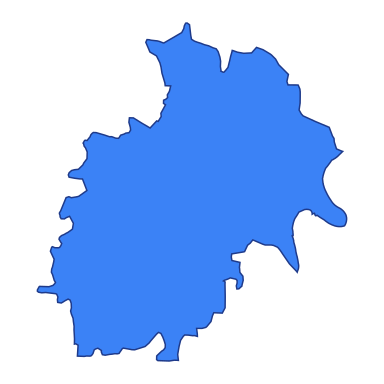 Quwisna, Al Minufiyah, Egypt
{"feature_id": "37247803B73326223517768", "entity_name": "Quwisna", "entity_type": "district", "adm_level": 2, "iso_a3": "EGY", "parent_name": "Egypt", "parent_adm1": "Al Minufiyah", "projection": "equal_earth", "projection_center": [31.193, 30.56], "detail": "fine", "context": "isolated", "style": "filled", "palette": "blue", "viewbox_px": 384, "rotation_deg": 0, "n_neighbors": 0, "source": "geoboundaries", "source_scale": "gbopen_adm2", "svg_char_len": 5947}
<svg xmlns="http://www.w3.org/2000/svg" viewBox="0 0 384 384"><path d="M178.4,360.4L177.7,354.4L179.1,346.3L180.6,340.3L183.5,336.0L184.0,335.7L184.6,335.0L188.2,335.1L192.7,335.7L194.6,335.6L197.4,336.4L197.3,333.9L196.6,328.4L202.0,328.4L205.8,327.4L206.9,326.5L211.0,321.5L212.5,315.7L213.8,312.7L215.2,312.8L222.3,313.1L225.1,307.8L225.2,297.6L225.2,295.9L225.0,284.2L225.1,282.0L224.1,281.1L223.5,280.9L224.1,280.4L228.0,279.0L230.3,277.9L235.9,279.2L237.1,280.4L237.1,283.1L236.3,285.9L236.9,289.0L238.9,288.8L241.9,286.1L242.0,285.1L243.2,280.3L242.9,276.2L239.9,272.4L239.6,268.5L239.4,267.7L240.0,262.4L231.9,260.5L231.3,257.0L231.7,253.9L243.7,251.9L244.6,251.6L247.6,245.2L250.3,243.1L252.8,239.9L262.8,244.2L265.2,245.0L271.3,245.0L273.5,245.4L277.5,247.2L278.3,248.0L280.4,250.6L283.0,254.5L289.4,263.8L296.6,271.4L297.2,272.2L297.5,271.2L297.9,270.2L298.1,269.7L298.3,269.0L298.5,268.2L298.6,267.5L298.6,267.1L298.7,266.3L298.7,265.6L298.6,264.8L298.5,264.0L298.3,263.3L298.0,261.0L297.6,259.0L297.1,256.5L296.6,254.9L296.5,254.2L296.2,253.0L295.9,251.7L295.6,249.4L295.3,247.8L295.1,247.0L294.9,246.2L294.5,244.6L294.0,243.0L293.8,242.1L293.7,241.5L293.7,240.7L293.5,239.9L293.3,239.1L293.0,238.0L292.5,236.9L292.3,236.2L292.2,235.6L292.4,235.5L292.6,235.4L292.8,235.3L293.1,235.4L293.1,234.1L293.0,233.5L292.9,232.2L292.9,231.6L292.8,231.0L292.6,229.8L292.3,228.3L292.5,227.1L292.7,225.7L293.0,224.4L293.3,223.0L293.9,221.0L294.4,219.7L294.8,218.7L295.5,217.6L296.7,215.8L297.8,214.0L298.9,212.1L304.7,209.5L304.9,209.5L306.0,209.4L306.7,209.3L307.5,209.4L308.6,209.5L309.3,209.7L309.9,209.9L310.5,210.2L311.0,210.7L311.3,211.0L311.6,211.6L311.9,212.2L312.1,212.8L312.1,213.0L312.2,213.5L312.2,214.2L312.7,213.9L313.2,213.6L314.0,213.4L314.5,213.3L314.7,213.9L314.9,214.5L315.1,215.1L315.5,215.7L316.0,215.7L316.4,215.6L316.8,215.5L317.1,215.3L320.3,217.5L324.5,220.1L325.5,221.0L326.5,221.7L327.6,222.5L329.2,223.5L330.9,224.3L332.1,224.9L333.3,225.3L334.5,225.8L335.7,226.1L336.1,226.2L337.0,226.4L338.0,226.5L338.9,226.6L339.9,226.6L340.8,226.6L341.8,226.5L342.7,226.3L343.6,226.1L344.5,225.8L344.9,225.2L345.3,224.5L345.6,223.8L346.0,222.7L346.2,222.0L346.4,221.2L346.5,220.4L346.6,219.6L346.6,219.2L346.6,218.8L346.6,218.0L346.5,217.2L346.3,216.5L346.3,216.1L346.0,215.3L345.9,215.0L345.8,214.6L345.2,213.6L344.5,212.5L343.9,211.7L343.3,211.0L342.7,210.4L342.0,209.8L341.4,209.3L340.6,208.7L339.9,208.3L338.0,207.3L336.7,206.5L335.5,205.6L334.7,205.0L334.0,204.3L333.3,203.6L332.6,202.8L331.7,201.6L331.1,200.7L330.7,200.0L329.8,198.7L328.8,197.1L327.5,194.8L326.3,192.4L325.1,189.9L324.8,189.1L324.3,187.9L323.8,186.1L323.4,184.9L323.2,183.6L322.9,182.4L322.8,181.1L322.7,180.5L322.6,179.2L322.5,178.5L322.8,177.4L322.9,176.7L323.2,175.3L323.6,173.9L324.0,172.5L324.5,171.1L325.0,169.8L325.6,168.3L327.3,166.3L328.5,164.7L330.3,162.3L331.7,160.2L333.0,159.6L334.1,158.9L335.3,158.2L336.6,157.2L337.5,156.5L338.2,155.8L339.0,155.0L339.8,154.2L340.5,153.6L341.5,152.6L342.7,151.4L341.7,151.1L336.5,148.9L334.3,142.0L334.0,138.4L332.5,136.1L329.2,127.3L315.6,121.6L303.1,115.9L301.3,113.9L299.1,110.0L300.1,103.1L300.2,96.4L300.2,91.9L299.9,89.1L298.5,85.8L298.1,85.0L288.0,84.9L286.9,81.5L288.4,74.4L278.7,64.7L275.6,59.1L271.5,55.0L270.2,54.0L263.0,49.7L259.6,48.5L256.5,47.4L251.6,52.9L243.7,53.3L237.5,52.2L232.7,50.5L232.2,50.4L232.0,51.6L230.6,56.5L229.7,60.6L228.9,63.7L228.0,67.4L225.5,70.5L223.9,72.2L223.1,72.2L220.8,71.1L221.0,70.5L220.4,66.6L220.6,61.2L219.9,57.1L218.1,51.6L216.2,48.8L213.0,47.8L208.7,45.8L204.4,44.7L200.9,43.3L197.3,42.2L194.6,41.2L191.5,39.3L190.8,35.6L189.5,24.7L187.1,23.0L185.6,23.2L184.3,25.9L183.8,28.6L181.7,32.6L164.0,42.9L163.2,42.9L159.3,41.4L157.3,40.9L151.0,40.2L149.0,39.7L147.0,39.6L145.8,42.3L148.8,49.3L149.9,52.0L156.5,55.9L159.9,62.8L161.0,66.9L162.0,73.3L163.8,79.3L164.9,83.0L165.2,85.7L170.7,85.9L169.4,91.3L167.3,94.9L167.6,97.6L165.6,99.4L164.4,99.8L163.6,100.2L163.5,103.4L165.5,104.8L160.9,113.3L161.2,116.5L158.2,121.4L156.7,120.9L150.1,128.0L141.9,123.2L133.4,117.9L129.4,117.8L128.9,122.3L130.3,127.3L130.6,130.1L129.0,132.7L125.8,133.1L124.2,134.0L120.6,135.2L119.3,137.4L118.5,138.3L115.8,138.2L111.8,136.7L109.4,136.7L104.7,135.1L96.1,132.6L93.3,132.5L92.1,133.4L90.9,134.7L90.0,136.9L88.8,138.3L87.5,140.0L87.1,140.5L85.1,140.2L84.4,140.8L83.1,143.1L83.5,143.5L84.2,146.3L85.4,147.7L87.2,151.9L87.0,158.7L83.7,163.1L82.9,164.9L78.4,169.3L74.6,169.7L71.6,170.5L69.2,172.6L68.3,174.9L69.1,177.2L75.0,178.3L79.7,178.9L82.5,179.0L86.9,190.5L78.9,196.2L77.7,196.6L75.7,197.0L71.3,197.7L68.9,196.7L66.1,197.6L60.6,211.0L59.5,212.7L59.4,213.7L60.1,215.6L60.1,216.9L61.2,218.8L64.4,218.9L66.4,217.6L69.6,216.3L73.4,223.3L72.4,229.2L67.6,232.6L66.4,233.1L64.3,234.4L61.5,235.6L59.5,237.4L59.0,239.2L60.9,242.4L61.7,243.4L60.9,245.6L59.6,247.4L58.4,247.8L54.8,247.7L52.5,246.7L51.7,247.2L50.4,251.2L53.4,257.7L54.1,259.1L53.7,261.8L52.4,267.3L52.0,268.2L51.7,269.1L51.4,272.2L52.5,274.5L54.3,280.5L55.5,282.3L54.7,283.7L53.0,285.4L49.0,286.7L39.5,286.4L39.1,286.8L37.4,289.9L37.4,291.3L38.6,292.2L41.7,292.8L45.7,292.5L55.6,293.7L56.7,294.2L57.9,297.0L57.4,299.7L57.7,302.4L61.3,303.0L62.9,302.1L64.9,300.8L68.1,299.1L70.1,300.1L71.2,303.3L71.4,307.9L70.6,311.0L71.3,313.8L73.1,318.4L73.4,321.6L74.1,326.2L74.0,329.8L74.3,334.8L74.5,338.9L74.4,344.1L75.8,343.8L78.1,345.2L77.4,356.1L84.2,356.4L86.6,356.0L90.1,356.1L91.3,355.7L92.1,354.8L93.0,353.5L94.2,349.9L95.5,349.0L97.9,348.2L101.4,350.5L101.3,351.9L102.4,354.7L105.2,355.2L109.5,354.4L112.4,354.1L114.7,353.7L117.5,353.8L119.1,353.4L119.9,352.1L121.2,350.3L122.0,349.0L123.2,348.1L129.5,349.2L131.9,349.7L134.7,349.8L145.1,346.5L149.1,343.0L150.8,340.8L156.5,334.2L158.5,332.4L160.9,333.4L162.8,337.1L164.2,340.8L165.3,344.5L165.2,347.6L163.6,349.9L161.6,351.2L157.5,355.1L156.7,356.0L156.6,359.6L157.8,360.6L169.2,361.0L174.4,360.2L177.6,360.3L178.4,360.4Z" fill="#3b82f6" stroke="#1e3a8a" stroke-width="1.5"/></svg>